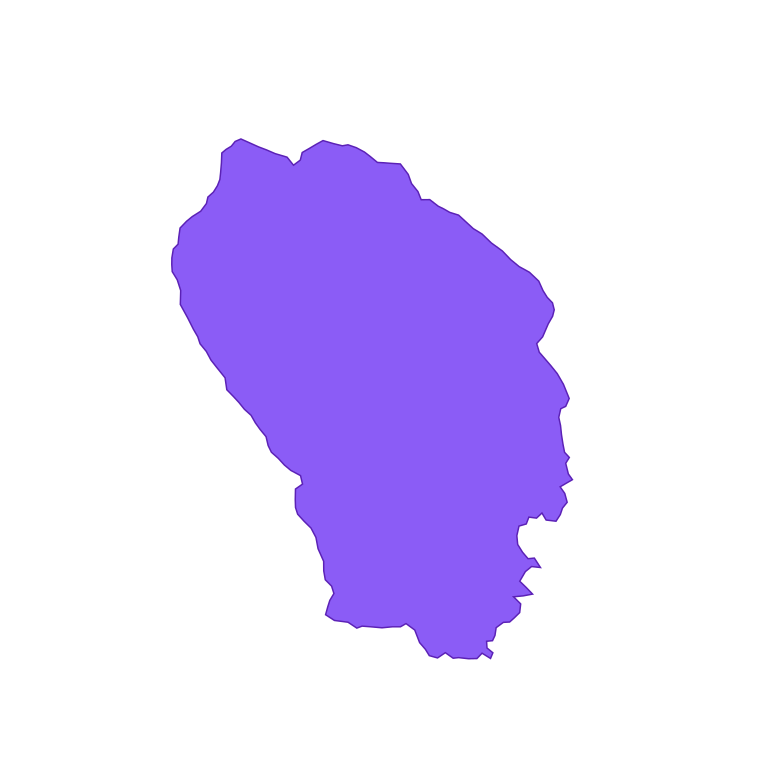 Potirendaba, São Paulo, Brazil, rotated 323°
{"feature_id": "56859067B31235444484955", "entity_name": "Potirendaba", "entity_type": "district", "adm_level": 2, "iso_a3": "BRA", "parent_name": "Brazil", "parent_adm1": "São Paulo", "projection": "equal_earth", "projection_center": [-49.395, -21.076], "detail": "fine", "context": "isolated", "style": "filled", "palette": "violet", "viewbox_px": 768, "rotation_deg": 323, "n_neighbors": 0, "source": "geoboundaries", "source_scale": "gbopen_adm2", "svg_char_len": 2403}
<svg xmlns="http://www.w3.org/2000/svg" viewBox="0 0 768 768"><g transform="rotate(323 384 384)"><path d="M286.4,160.9L282.5,166.8L281.6,176.3L277.9,187.0L269.2,197.9L267.0,213.1L264.7,225.8L263.7,234.2L261.3,241.2L261.7,251.1L260.2,260.8L260.4,270.2L260.8,283.4L255.0,294.0L256.2,303.3L257.0,311.3L257.3,320.2L259.0,329.0L257.9,337.5L257.7,345.9L258.1,355.1L254.4,363.5L253.0,370.8L254.8,379.6L255.7,388.9L257.6,397.0L262.2,406.9L258.7,414.9L250.1,414.6L243.5,423.0L239.0,429.4L236.7,436.0L237.6,445.7L239.0,455.1L237.3,465.6L232.2,475.9L229.1,489.3L223.4,497.0L219.3,505.0L220.5,513.9L217.9,521.2L210.5,524.2L205.0,528.1L198.5,533.1L202.1,543.0L211.9,552.6L215.4,562.6L220.8,564.2L227.6,570.2L235.7,577.5L244.5,582.9L251.0,587.8L257.4,588.6L260.5,599.0L256.8,612.0L257.4,620.8L256.7,628.2L261.9,635.0L271.3,635.5L274.2,644.6L278.9,647.4L286.2,654.3L293.0,659.2L300.3,658.0L303.9,667.3L309.2,664.2L307.4,656.8L311.1,651.2L316.2,654.3L321.3,651.6L326.9,646.1L335.9,646.2L341.1,649.7L347.1,649.2L354.8,648.2L360.8,641.9L359.4,631.9L367.7,637.0L376.2,641.2L375.1,632.0L373.7,623.2L384.0,618.9L392.0,618.6L398.5,624.7L399.3,613.5L393.9,610.2L393.4,601.7L394.2,592.6L398.8,585.1L406.3,578.7L413.4,581.4L419.6,577.5L425.1,582.9L432.5,582.1L431.6,590.2L438.8,597.1L446.2,594.4L451.9,590.5L459.1,588.7L462.5,580.2L462.8,572.1L470.5,573.0L476.9,573.8L477.1,566.8L481.4,556.7L487.8,554.2L487.1,547.2L490.8,539.6L495.3,531.2L500.0,523.4L503.5,515.8L510.3,510.1L515.7,511.2L523.2,507.0L527.1,492.3L528.6,480.1L528.3,470.1L527.7,460.7L527.1,452.1L530.3,443.6L539.1,441.8L551.4,434.8L559.4,431.4L564.6,427.2L567.4,420.6L566.5,413.0L567.2,405.1L569.5,395.0L567.4,382.3L562.6,371.6L560.0,360.8L558.6,349.0L554.6,335.9L552.6,323.3L548.8,313.6L545.2,294.0L539.8,286.5L537.2,280.4L534.3,274.6L531.5,264.3L524.6,259.2L526.9,250.8L526.6,240.5L529.5,231.2L529.5,218.1L521.5,211.2L517.1,207.3L512.1,203.1L510.0,194.3L508.0,187.0L504.1,178.6L499.2,171.3L494.1,168.7L488.4,161.7L481.8,152.9L474.3,151.8L466.0,150.9L458.0,149.9L451.9,154.8L443.4,154.8L443.1,144.5L435.7,134.5L431.1,126.4L426.5,119.1L422.5,111.8L417.2,102.2L411.1,100.7L405.2,102.2L399.1,101.6L393.5,101.9L387.3,109.5L380.5,117.1L376.0,121.9L370.3,125.4L363.2,128.1L355.9,128.7L350.8,133.0L341.6,135.7L331.6,134.9L324.3,135.2L315.0,136.7L308.4,143.3L303.7,148.4L297.0,149.4L290.5,155.6L286.4,160.9Z" fill="#8b5cf6" stroke="#5b21b6" stroke-width="1.5"/></g></svg>